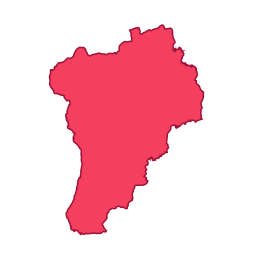 the district of Wajo, Sulawesi Selatan, Indonesia, rotated 165°
{"feature_id": "22746128B4429389080756", "entity_name": "Wajo", "entity_type": "district", "adm_level": 2, "iso_a3": "IDN", "parent_name": "Indonesia", "parent_adm1": "Sulawesi Selatan", "projection": "albers", "projection_center": [120.188, -3.968], "detail": "fine", "context": "isolated", "style": "filled", "palette": "rose", "viewbox_px": 256, "rotation_deg": 165, "n_neighbors": 0, "source": "geoboundaries", "source_scale": "gbopen_adm2", "svg_char_len": 5807}
<svg xmlns="http://www.w3.org/2000/svg" viewBox="0 0 256 256"><g transform="rotate(165 128 128)"><path d="M187.9,204.1L188.2,202.1L188.8,201.0L188.8,200.2L189.3,199.9L190.6,197.9L191.0,193.7L192.1,191.6L192.4,190.0L191.8,186.8L191.4,185.8L190.7,185.7L190.7,184.6L190.3,183.4L190.0,183.1L190.3,182.3L190.2,180.9L189.6,180.1L188.0,179.9L187.3,179.3L186.8,179.4L186.3,178.6L185.2,178.2L184.2,177.0L182.2,176.5L181.3,175.5L181.7,175.1L181.7,174.1L180.2,170.3L179.6,169.9L177.9,170.2L177.4,169.5L177.6,166.0L178.5,165.9L178.9,165.5L178.8,165.2L179.6,164.7L182.7,159.6L182.6,158.1L183.9,157.7L184.8,156.7L185.1,154.3L184.4,153.4L185.1,153.0L185.4,152.0L185.0,150.4L184.2,149.6L184.7,148.3L184.6,147.5L184.3,147.0L185.1,146.0L185.1,145.1L185.9,145.2L186.3,143.9L185.7,142.8L184.3,141.8L183.9,141.8L183.1,140.5L182.8,140.4L182.0,137.8L181.6,137.1L181.0,137.4L180.5,136.1L181.4,135.5L183.2,133.4L183.4,132.3L183.0,131.9L183.6,131.8L183.8,131.5L184.0,129.5L183.5,128.1L181.5,125.5L180.5,123.3L179.7,120.4L179.0,119.3L179.0,118.1L180.1,114.9L180.3,113.8L180.0,113.6L181.4,109.1L181.6,106.7L181.2,105.2L181.9,104.6L185.0,97.8L184.9,97.1L186.3,94.2L186.5,92.5L187.7,92.8L189.7,90.6L191.3,86.5L193.0,83.5L193.4,82.3L193.2,82.0L193.5,82.0L196.3,77.1L197.4,76.5L198.2,73.9L200.8,70.5L204.0,67.4L207.1,64.8L208.9,62.4L209.6,62.0L210.1,60.6L210.2,58.6L210.1,56.6L209.4,55.8L209.3,52.7L208.7,50.4L209.0,48.6L208.2,47.5L208.9,47.2L209.2,45.0L208.6,44.1L206.7,43.2L207.6,42.4L207.0,42.6L206.5,43.3L206.3,42.6L206.7,42.3L206.4,42.0L206.1,42.2L206.3,43.2L206.0,42.7L206.2,43.2L205.1,43.0L204.0,42.0L203.2,41.9L202.7,39.9L201.7,38.5L201.5,37.5L200.7,37.6L200.9,38.0L200.3,38.6L200.3,38.3L199.7,38.1L199.5,37.6L198.1,36.8L197.3,36.7L196.6,37.1L196.1,37.0L195.6,37.2L194.3,36.1L192.2,36.0L186.5,34.9L185.4,34.1L183.3,34.1L183.1,33.6L181.3,33.4L178.6,34.5L176.6,33.4L175.5,34.1L177.2,38.0L177.1,39.2L177.7,40.9L177.5,42.2L172.6,45.4L171.5,46.8L171.3,48.7L169.8,51.2L168.7,51.4L167.4,53.6L164.0,54.5L163.0,53.9L160.8,53.5L159.4,54.7L158.4,55.0L156.5,54.5L155.4,53.1L153.9,53.1L153.2,52.7L150.7,50.5L149.6,50.6L149.2,51.9L148.0,53.0L147.8,54.0L146.7,55.8L144.6,56.7L143.0,56.9L142.5,57.3L142.4,58.7L141.7,58.6L141.3,61.6L140.7,63.8L139.2,65.5L139.4,66.0L139.2,66.4L137.2,68.4L136.5,70.3L135.7,70.6L134.8,70.5L127.7,68.8L125.6,69.2L123.9,70.0L123.9,70.6L123.2,70.8L122.6,71.9L123.4,72.3L123.4,72.8L124.0,73.0L124.2,73.6L123.3,74.4L123.2,75.5L124.9,76.7L125.1,77.3L122.5,78.6L122.2,79.7L122.5,81.2L122.1,82.2L120.7,82.8L121.4,85.3L121.1,86.5L120.5,87.0L119.3,87.1L118.0,87.9L117.6,89.5L117.7,90.4L118.3,91.1L117.9,91.7L115.6,92.9L115.0,92.7L114.8,92.0L114.3,93.3L113.3,93.6L113.5,92.8L112.4,93.0L111.9,92.3L112.7,92.3L112.4,90.2L109.8,89.9L109.6,90.9L107.7,91.3L106.9,90.8L105.5,91.3L105.2,92.4L103.8,92.1L103.7,93.1L102.9,92.4L101.9,93.7L100.9,93.4L100.4,93.8L99.6,93.8L98.6,94.5L98.4,95.0L98.0,94.5L96.4,94.3L96.3,96.5L95.6,97.4L93.9,98.5L94.1,100.7L93.8,102.0L94.9,103.0L92.0,110.4L91.9,111.4L90.8,112.8L87.3,115.4L86.6,117.0L86.7,117.7L86.1,118.5L84.1,119.0L82.5,118.5L81.3,118.5L81.9,116.1L81.0,115.3L80.1,115.7L80.5,116.5L80.1,117.0L79.5,116.9L79.2,115.9L78.6,116.0L78.3,116.3L78.2,116.9L77.0,116.5L75.7,117.7L72.6,118.3L71.9,118.1L72.1,117.1L71.4,117.0L70.5,118.6L67.7,118.8L67.5,119.3L67.2,118.7L65.6,118.1L65.2,119.3L61.8,118.1L61.4,116.3L58.5,117.2L54.5,117.4L54.8,117.8L54.4,118.1L55.1,118.5L54.4,120.2L54.0,120.5L54.1,122.8L53.2,125.1L53.1,126.4L51.2,128.2L51.4,132.2L51.1,133.1L48.9,135.7L47.5,137.9L45.8,143.1L47.9,145.8L48.3,150.3L50.4,153.3L50.1,154.7L50.3,155.1L49.7,155.7L51.2,157.3L48.1,160.0L47.7,160.9L47.0,163.0L46.9,164.3L47.2,165.4L46.8,167.2L47.1,167.2L46.9,167.6L47.3,167.9L47.0,168.7L47.7,170.2L49.6,170.7L49.8,171.2L49.5,171.5L50.0,171.7L50.0,172.3L50.6,172.3L51.2,171.7L50.9,171.2L51.2,170.7L51.6,171.3L51.9,171.3L52.0,172.0L52.6,172.6L54.1,172.8L54.1,173.4L55.1,174.4L55.3,174.3L55.2,173.3L55.9,173.5L55.9,173.9L56.3,173.8L56.4,174.3L55.7,175.0L55.9,175.9L56.6,175.7L57.1,176.5L58.3,176.1L58.2,176.5L58.9,176.8L58.8,177.3L59.5,177.4L59.1,178.6L59.4,178.8L59.3,179.5L58.4,181.0L57.6,181.3L57.1,183.0L55.6,183.7L55.2,184.5L54.9,185.9L55.3,186.6L55.8,186.6L56.0,187.3L55.6,188.0L55.1,188.1L56.0,188.4L55.8,189.4L56.3,189.9L57.2,189.9L57.2,190.4L56.6,190.5L56.3,191.0L56.4,191.5L56.8,191.3L57.1,191.5L56.5,191.9L57.3,191.8L57.6,192.3L57.9,191.6L58.1,191.5L58.1,191.9L58.3,192.0L58.9,191.1L61.2,191.1L61.5,191.8L61.3,192.5L62.0,192.7L62.9,191.5L63.0,190.9L62.3,191.0L62.5,190.6L62.3,190.5L62.2,189.8L62.7,189.7L63.0,190.0L62.5,190.0L63.1,190.1L64.3,192.0L64.1,193.0L63.4,193.6L63.5,194.8L62.5,197.3L61.3,197.7L60.3,198.8L60.5,201.2L61.1,202.9L60.9,203.2L61.1,205.2L60.6,206.4L60.8,208.0L60.2,208.5L60.0,209.5L60.0,211.9L61.0,213.4L65.0,213.7L66.8,214.2L67.0,214.7L66.7,215.6L67.0,216.8L67.7,218.3L68.6,218.7L71.5,217.8L72.8,216.7L77.4,216.7L80.9,216.1L81.8,217.3L82.6,217.3L83.8,216.7L84.8,216.8L85.8,216.2L88.2,216.0L91.0,215.1L91.7,215.8L91.8,217.2L91.2,219.0L91.6,220.3L91.2,221.2L92.1,222.3L94.8,222.6L98.7,222.1L101.1,222.1L100.4,218.3L101.3,216.1L100.9,214.7L102.0,210.9L102.5,210.8L104.1,211.4L105.9,211.2L109.0,212.4L112.2,211.2L114.9,209.7L115.7,208.0L116.4,205.0L118.1,204.5L118.8,203.6L119.5,203.6L120.4,202.7L120.8,203.9L121.3,204.2L123.4,203.6L124.2,204.3L125.5,204.4L127.2,205.1L128.5,204.5L130.8,204.8L132.1,205.8L133.6,206.0L136.4,207.8L144.1,208.0L146.2,207.4L148.1,209.4L148.1,211.2L148.8,213.2L148.6,215.0L149.7,216.9L150.4,217.5L151.8,217.5L153.2,218.3L154.0,218.4L156.2,217.8L157.9,216.8L160.8,213.6L162.1,211.5L163.4,210.7L165.9,210.1L167.8,211.1L168.4,211.1L171.9,209.1L173.8,208.4L178.5,208.8L181.7,206.2L182.9,206.2L183.4,205.7L183.1,205.1L183.3,204.6L185.2,203.5L185.6,203.7L185.7,203.4L186.4,203.3L187.2,204.2L187.9,204.1Z" fill="#f43f5e" stroke="#9f1239" stroke-width="1.5"/></g></svg>